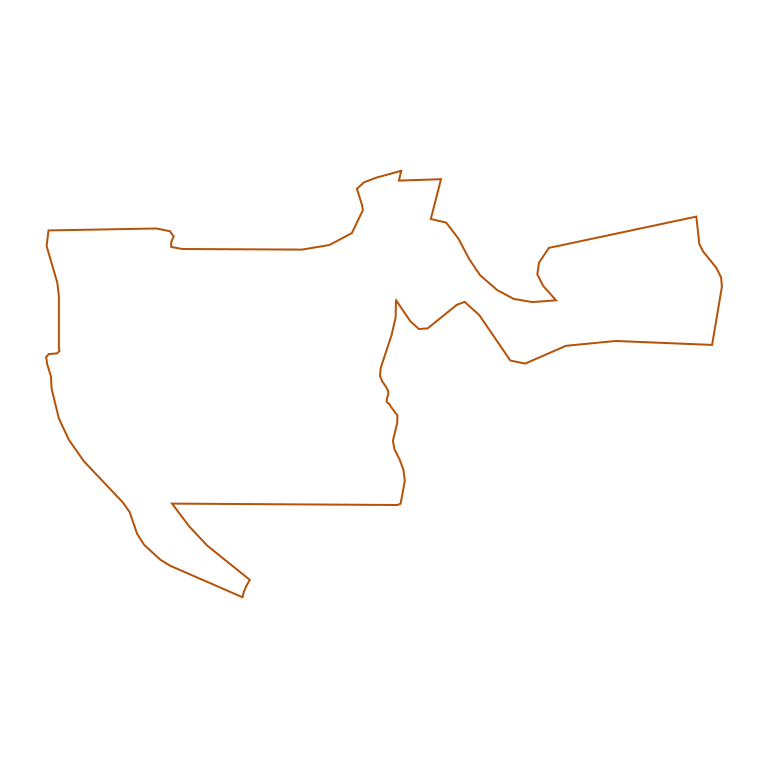 the Province of Sultan Kudarat
{"feature_id": "PHL-2580", "entity_name": "Sultan Kudarat", "entity_type": "Province", "adm_level": 1, "iso_a3": "PHL", "parent_name": "Philippines", "parent_adm1": "", "projection": "mercator", "projection_center": [124.544, 6.496], "detail": "fine", "context": "isolated", "style": "outline", "palette": "amber", "viewbox_px": 768, "rotation_deg": 0, "n_neighbors": 0, "source": "natural_earth", "source_scale": "10m", "svg_char_len": 1406}
<svg xmlns="http://www.w3.org/2000/svg" viewBox="0 0 768 768"><path d="M242.5,597.2L242.4,597.2L170.0,565.7L160.1,559.5L144.3,545.0L137.2,534.0L129.7,512.2L122.9,502.5L83.9,461.3L68.8,439.7L58.9,418.5L51.6,388.8L50.9,376.3L47.2,364.1L46.1,357.1L48.7,354.1L57.0,353.4L59.4,351.1L58.9,347.4L58.9,296.1L57.3,282.7L46.6,246.1L48.5,230.5L48.6,230.4L49.9,230.4L156.4,228.5L169.9,231.2L173.7,236.4L171.2,242.1L171.2,246.9L182.2,249.0L302.0,249.6L329.4,245.0L351.8,233.1L362.9,210.2L362.1,205.3L356.9,188.7L363.8,182.5L363.9,182.4L376.4,177.6L401.2,170.8L398.9,180.6L441.0,179.2L430.8,219.0L446.2,222.6L458.5,238.7L469.2,259.1L480.1,275.2L497.2,290.1L513.7,298.9L532.3,302.1L555.8,300.3L556.0,300.3L543.1,285.8L537.3,274.3L539.0,262.7L548.9,247.9L696.3,216.6L699.4,244.2L703.2,251.6L716.3,267.8L721.1,277.4L721.9,286.7L712.1,344.9L615.2,341.0L566.0,345.8L525.1,363.6L510.3,360.5L479.2,315.0L464.6,301.9L456.6,304.9L456.6,305.0L427.6,328.4L418.8,329.0L410.3,321.2L396.1,300.3L396.0,300.5L395.6,317.5L391.7,334.7L380.7,368.0L380.0,375.9L382.3,381.5L385.6,386.2L388.2,391.0L388.2,394.9L386.9,398.6L386.7,402.0L389.9,404.6L390.4,406.1L396.1,413.7L397.4,415.2L397.2,423.0L392.9,440.8L394.4,449.2L399.7,459.7L403.5,470.1L404.8,480.9L400.6,503.7L397.4,505.0L172.0,503.6L189.4,526.6L207.2,545.6L249.4,579.5L249.8,579.9L246.3,586.0L243.8,592.1L242.5,597.1L242.5,597.2Z" fill="none" stroke="#b45309" stroke-width="2"/></svg>